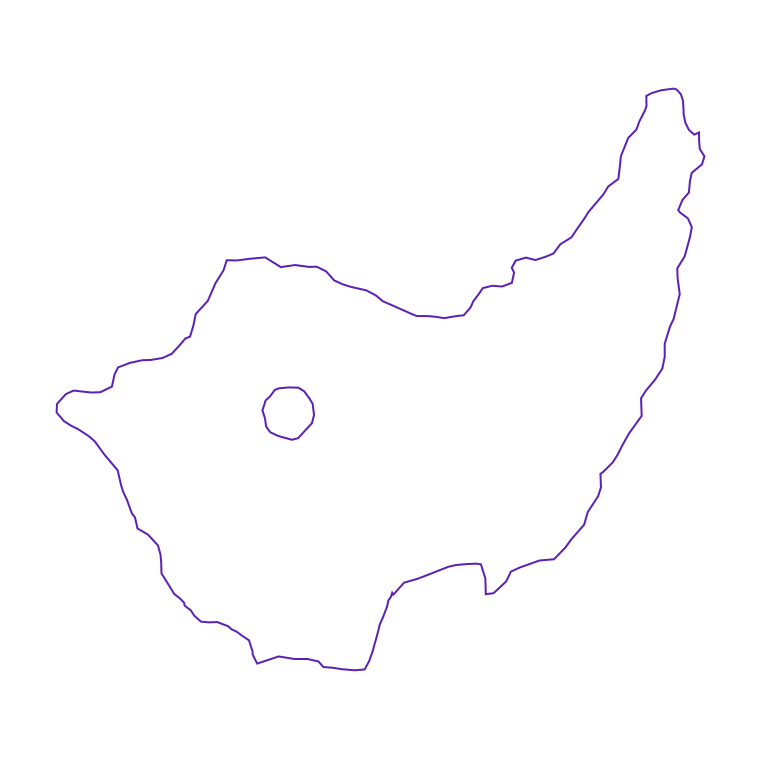 Shaki District, Şəki, Azerbaijan (orthographic projection), rotated 268°
{"feature_id": "54616110B25010354244926", "entity_name": "Shaki District", "entity_type": "district", "adm_level": 2, "iso_a3": "AZE", "parent_name": "Azerbaijan", "parent_adm1": "Şəki", "projection": "orthographic", "projection_center": [47.215, 41.108], "detail": "fine", "context": "isolated", "style": "outline", "palette": "violet", "viewbox_px": 768, "rotation_deg": 268, "n_neighbors": 0, "source": "geoboundaries", "source_scale": "gbopen_adm2", "svg_char_len": 3069}
<svg xmlns="http://www.w3.org/2000/svg" viewBox="0 0 768 768"><g transform="rotate(268 384 384)"><path d="M662.7,656.2L652.5,656.0L648.1,654.3L637.8,648.5L629.5,645.1L621.3,636.6L603.4,628.7L595.9,627.7L580.8,625.4L573.7,615.1L565.8,609.8L558.3,603.0L548.7,594.3L541.2,589.2L533.5,583.3L524.1,576.5L517.5,565.1L508.5,557.9L505.6,550.2L502.6,539.6L505.4,530.2L502.7,519.9L495.7,515.7L490.9,517.9L480.6,515.3L477.3,505.4L478.4,495.7L476.4,486.1L469.9,481.3L463.7,476.2L457.4,473.1L449.9,466.1L449.3,458.2L447.7,446.4L449.2,439.1L450.3,430.6L450.8,419.0L454.2,411.6L456.0,408.0L461.0,397.7L466.7,385.8L472.8,379.0L478.2,369.6L482.1,354.7L482.3,354.1L485.1,346.1L489.3,337.8L498.6,330.1L503.6,320.7L503.6,313.5L506.0,299.0L504.4,285.0L510.3,276.2L514.7,269.7L513.8,253.9L512.6,241.0L513.2,231.3L513.2,231.2L503.3,227.6L490.6,219.1L473.2,210.8L460.5,198.3L448.9,195.5L438.1,191.8L436.5,187.2L428.9,180.2L421.5,172.8L417.7,163.4L416.2,152.0L416.2,143.2L414.0,130.8L409.9,118.8L402.9,115.0L390.9,112.0L385.7,100.2L385.7,91.4L387.0,82.0L388.3,73.7L385.0,65.7L375.5,56.5L374.5,56.4L367.0,55.8L358.1,62.8L353.0,70.2L349.6,76.6L342.2,87.1L336.7,93.0L323.2,102.1L317.1,106.9L307.1,114.8L291.6,117.8L285.3,119.6L277.0,123.1L263.7,127.4L259.3,130.5L248.2,132.6L241.7,142.9L230.5,152.5L221.2,154.7L213.1,155.1L202.6,155.0L198.0,157.6L190.0,162.2L181.5,167.0L177.1,172.3L172.1,176.8L169.6,176.9L164.4,183.1L158.9,186.4L152.9,192.8L151.9,200.5L151.9,209.0L147.4,219.7L144.1,223.2L141.6,228.1L137.4,233.4L132.6,240.1L121.4,243.3L118.2,243.3L109.0,247.5L111.5,255.9L115.4,269.2L112.3,284.9L111.8,298.1L109.0,308.8L103.3,313.5L102.2,322.8L100.4,332.2L98.9,345.0L99.4,354.7L108.0,359.7L117.2,363.3L122.7,365.0L132.9,368.3L143.8,371.4L151.0,374.9L161.2,379.2L167.7,380.9L170.9,383.4L175.0,384.9L173.1,385.9L184.8,397.2L188.0,410.2L192.9,424.5L195.6,432.0L199.1,442.0L200.6,449.8L201.2,461.7L201.2,470.3L200.4,474.6L186.0,478.5L170.4,478.4L171.1,486.2L182.4,499.2L192.1,504.3L196.0,513.7L202.2,533.3L202.9,547.7L204.4,549.3L208.6,553.7L214.2,559.5L222.7,566.2L236.4,579.1L248.8,583.1L264.4,594.1L273.0,597.2L286.7,597.2L287.8,599.2L297.6,609.8L305.0,614.9L313.6,619.6L326.0,627.1L336.6,635.3L343.2,640.4L360.8,640.4L368.2,645.5L378.7,654.9L389.7,662.7L401.4,665.5L414.3,665.9L431.1,671.7L438.9,675.7L449.1,678.6L451.3,679.2L463.5,682.7L479.9,681.1L489.3,681.1L501.0,688.9L512.0,692.4L521.0,695.1L530.0,697.1L538.9,693.5L544.8,686.1L547.5,684.1L557.7,688.8L564.7,695.4L576.5,696.9L584.3,698.9L592.5,709.5L600.4,712.2L607.8,707.8L616.4,707.4L624.4,707.6L623.4,705.2L622.4,702.8L627.3,697.6L634.7,694.3L642.9,692.9L647.5,692.9L652.3,692.8L656.6,692.7L663.2,690.8L668.1,686.7L669.1,683.9L668.5,677.3L667.8,670.8L665.3,661.5L662.7,656.2ZM372.3,308.9L366.6,312.0L355.5,313.0L347.3,310.6L340.3,303.6L334.9,298.3L332.8,296.2L331.5,290.1L333.2,284.6L333.8,282.4L335.9,276.1L339.8,268.6L345.6,264.7L353.6,263.9L361.9,261.6L369.9,264.5L371.7,265.1L375.4,269.5L382.0,274.8L383.4,279.2L383.9,288.8L383.3,298.3L379.5,304.0L373.0,308.4L372.3,308.9Z" fill="none" stroke="#5b21b6" stroke-width="2"/></g></svg>